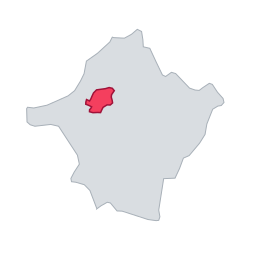 Kosovo, with Orahovac highlighted, rotated 81°
{"feature_id": "KOS-5891", "entity_name": "Orahovac", "entity_type": "District", "adm_level": 1, "iso_a3": "XKX", "parent_name": "Kosovo", "parent_adm1": "", "projection": "natural_earth1", "projection_center": [20.611, 42.394], "detail": "fine", "context": "in_parent", "style": "filled", "palette": "rose", "viewbox_px": 256, "rotation_deg": 81, "n_neighbors": 0, "source": "natural_earth", "source_scale": "10m", "svg_char_len": 1379}
<svg xmlns="http://www.w3.org/2000/svg" viewBox="0 0 256 256"><g transform="rotate(81 128 128)"><path d="M67.1,89.9L81.0,85.7L83.0,82.8L79.8,76.4L81.7,72.4L98.2,61.0L101.0,55.8L102.0,51.8L99.7,47.5L96.6,40.7L98.1,37.9L106.7,34.0L113.7,29.5L117.8,29.2L120.4,32.4L120.4,35.8L122.7,41.4L127.9,44.5L136.4,49.5L146.4,52.9L154.2,59.7L164.8,71.9L166.4,78.0L176.0,83.4L184.9,89.4L183.6,100.7L213.9,110.5L220.7,110.4L224.0,112.1L223.9,114.7L221.5,122.6L209.2,146.8L208.2,151.8L199.3,157.1L198.1,160.1L200.6,166.8L203.0,171.5L202.8,171.4L183.7,175.4L177.2,180.0L173.4,188.0L172.2,192.2L168.9,192.3L163.2,188.1L156.1,181.7L146.9,182.2L115.4,196.3L112.4,203.7L111.7,219.7L109.5,224.1L106.2,226.8L93.1,225.1L91.8,224.0L93.5,217.9L92.8,204.4L86.9,182.2L82.8,174.9L74.2,167.6L67.5,162.9L55.4,158.6L49.4,146.4L40.2,132.5L35.8,129.3L36.5,128.0L38.7,117.5L36.0,109.9L32.0,103.4L34.8,99.5L43.2,99.5L50.2,100.2L52.7,94.0L67.1,89.9Z" fill="#d9dde1" stroke="#a8b0b8" stroke-width="1"/><path d="M93.4,164.5L95.3,161.7L93.4,160.1L91.6,159.0L88.0,156.6L85.4,153.1L85.5,148.7L85.6,144.2L85.1,140.3L86.3,137.3L89.0,135.7L92.5,139.0L94.8,139.7L98.2,139.3L100.8,139.3L102.5,141.9L101.9,145.1L103.7,149.4L106.2,151.2L108.5,152.7L107.9,155.6L107.4,160.2L105.9,163.5L103.9,163.1L102.8,161.7L101.4,160.6L99.6,163.1L97.9,166.0L95.9,165.6L93.4,164.5Z" fill="#f43f5e" stroke="#9f1239" stroke-width="1.5"/></g></svg>